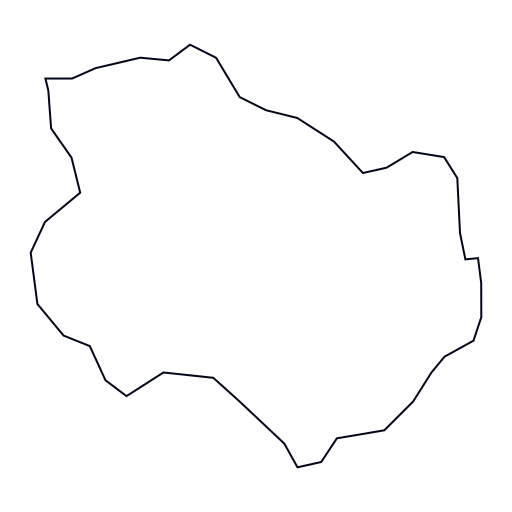 outline of Fagersta, Västmanland, Sweden
{"feature_id": "70781695B50955826038578", "entity_name": "Fagersta", "entity_type": "district", "adm_level": 2, "iso_a3": "SWE", "parent_name": "Sweden", "parent_adm1": "Västmanland", "projection": "albers", "projection_center": [15.915, 59.966], "detail": "fine", "context": "isolated", "style": "outline", "palette": "ink", "viewbox_px": 512, "rotation_deg": 0, "n_neighbors": 0, "source": "geoboundaries", "source_scale": "gbopen_adm2", "svg_char_len": 669}
<svg xmlns="http://www.w3.org/2000/svg" viewBox="0 0 512 512"><path d="M30.7,252.7L37.4,304.0L63.6,335.6L89.8,346.1L105.5,380.3L126.5,396.1L163.4,372.5L213.3,377.8L239.6,401.5L284.3,443.6L297.5,467.3L315.9,463.2L321.2,462.0L336.9,438.3L384.3,430.3L413.2,401.4L431.5,372.4L444.6,356.6L470.2,342.5L473.5,340.7L481.3,317.1L481.2,282.9L478.0,258.1L465.4,259.4L460.0,233.1L457.3,178.1L444.1,157.1L412.6,152.0L386.5,167.7L362.9,173.0L334.0,141.6L297.3,118.0L265.9,110.2L239.7,97.1L216.1,57.8L190.0,44.7L169.0,60.4L140.2,57.7L95.7,68.1L72.1,78.5L45.4,78.5L48.3,90.4L51.1,128.4L71.5,157.6L80.2,192.7L45.0,221.9L30.7,252.7Z" fill="none" stroke="#020617" stroke-width="2"/></svg>